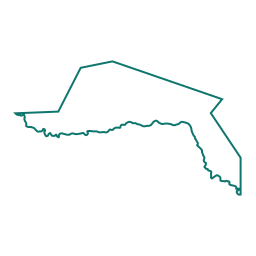 Petatán, Huehuetenango, Guatemala
{"feature_id": "79465075B18515174231727", "entity_name": "Petatán", "entity_type": "district", "adm_level": 2, "iso_a3": "GTM", "parent_name": "Guatemala", "parent_adm1": "Huehuetenango", "projection": "orthographic", "projection_center": [-91.731, 15.614], "detail": "fine", "context": "isolated", "style": "outline", "palette": "teal", "viewbox_px": 256, "rotation_deg": 0, "n_neighbors": 0, "source": "geoboundaries", "source_scale": "gbopen_adm2", "svg_char_len": 4635}
<svg xmlns="http://www.w3.org/2000/svg" viewBox="0 0 256 256"><path d="M119.8,63.9L112.4,61.4L80.7,67.8L58.3,111.6L15.4,113.3L16.2,114.1L17.2,114.7L18.1,114.8L18.6,115.1L19.5,114.9L20.3,115.0L20.9,115.6L21.3,115.7L21.8,115.5L22.5,115.0L23.3,114.5L23.6,114.4L24.0,114.6L24.3,115.3L24.5,116.3L24.7,116.9L24.7,117.6L24.5,118.1L24.4,118.6L24.4,119.5L24.7,120.0L24.7,120.5L25.1,121.2L25.4,121.8L25.8,122.3L26.2,123.0L26.3,124.1L26.2,125.0L26.2,125.4L26.2,126.0L26.9,126.5L27.9,126.9L28.5,127.0L30.1,127.0L31.1,127.0L32.0,127.4L32.6,127.5L33.9,127.9L34.5,128.6L35.2,129.3L36.0,130.1L36.7,130.9L37.5,131.5L38.2,131.6L39.5,131.5L40.8,131.4L41.5,131.3L42.2,130.8L42.8,130.2L42.8,129.8L43.0,129.2L43.3,129.1L43.9,129.0L44.3,129.2L45.0,130.0L45.1,130.5L44.8,131.2L44.5,131.7L44.3,132.4L44.5,133.2L44.7,133.9L45.0,134.5L45.4,135.1L46.1,136.1L46.7,136.1L47.4,136.0L47.9,135.6L48.3,135.0L48.6,134.2L49.4,133.4L50.0,133.1L50.4,133.5L50.9,134.1L51.4,135.0L51.8,135.6L52.4,135.8L53.3,135.9L54.4,135.9L54.9,135.5L55.7,134.8L56.4,134.8L56.6,135.2L56.6,135.9L57.4,136.6L58.1,137.1L58.6,137.2L58.9,136.8L58.9,136.0L58.9,135.3L59.3,134.5L59.8,133.9L60.5,133.5L61.3,133.4L62.3,133.5L63.3,133.7L64.3,134.0L65.6,134.4L66.5,134.6L67.6,134.7L68.2,134.8L69.3,134.7L69.9,134.5L70.4,134.0L71.2,133.7L71.9,133.5L72.8,133.4L73.6,133.5L74.3,133.9L75.8,134.1L77.1,134.1L78.0,134.0L79.7,133.7L81.0,133.5L81.6,133.2L82.4,133.1L83.2,133.0L83.8,133.3L84.3,133.9L85.0,134.7L85.7,135.0L86.4,135.1L87.1,134.7L87.6,134.1L87.9,133.3L87.8,132.5L87.6,132.2L87.4,132.0L87.3,131.7L87.5,131.2L88.2,131.0L89.2,131.0L90.7,131.0L91.5,131.1L93.0,131.4L93.9,131.4L95.3,131.3L96.2,131.3L97.2,131.5L98.4,132.1L99.3,132.3L100.8,132.3L102.4,132.2L103.2,132.1L104.0,132.0L104.9,132.3L105.5,132.4L106.4,132.3L107.0,132.1L107.7,131.8L108.4,131.2L108.9,130.4L109.4,129.9L109.7,129.6L110.4,129.6L110.8,129.7L111.3,129.9L112.2,130.0L112.8,129.7L114.0,128.6L115.1,127.9L116.2,127.6L117.4,127.6L118.8,127.7L119.6,127.8L120.2,127.6L120.4,126.9L120.6,126.2L120.8,125.5L121.3,125.1L121.8,124.8L122.9,124.7L123.9,124.8L124.8,124.9L125.0,124.7L125.7,123.9L126.5,122.9L127.6,122.4L128.8,121.9L129.9,121.9L130.7,122.0L131.6,122.4L132.3,123.0L133.0,123.3L133.6,123.1L134.6,123.1L135.7,123.2L136.3,123.6L137.1,124.1L137.6,124.2L138.4,124.3L139.0,124.5L139.7,124.6L140.4,124.8L141.8,125.6L142.8,126.1L143.8,126.3L144.8,126.3L146.1,126.0L147.1,125.9L148.5,125.9L149.6,125.6L150.7,125.2L151.3,124.6L152.6,123.1L153.5,121.9L154.3,121.3L155.3,120.8L156.4,120.7L157.0,121.0L157.7,121.4L158.0,121.9L158.9,122.6L160.0,123.2L161.0,123.7L162.0,124.0L162.8,124.0L164.0,123.8L165.0,123.6L166.3,123.6L167.5,123.5L168.5,123.7L169.2,123.9L170.6,124.0L171.5,124.4L172.4,124.9L173.1,125.1L174.2,125.2L174.9,125.2L175.7,124.8L176.3,124.6L177.6,124.3L178.8,123.9L179.8,123.0L180.9,122.1L181.8,121.8L183.2,122.0L185.2,122.5L186.8,123.0L188.2,123.6L189.0,124.4L189.6,125.1L190.0,125.5L190.7,126.8L191.1,127.9L191.4,129.2L191.7,131.0L192.4,132.9L193.1,134.3L193.5,135.3L193.9,135.9L194.6,136.5L194.9,137.1L195.0,137.7L195.0,138.0L195.1,138.6L195.6,139.2L196.1,140.1L196.8,141.3L197.3,142.1L197.8,142.9L197.8,143.9L197.7,144.5L197.3,144.9L197.2,145.0L197.4,145.6L197.8,146.1L198.2,146.3L198.8,146.8L199.5,147.6L200.5,148.4L201.2,149.4L202.0,150.3L202.0,151.4L202.0,152.3L202.5,153.3L203.0,154.5L203.1,155.3L203.4,155.7L203.8,156.3L204.3,157.1L204.4,157.9L204.2,158.6L203.9,159.6L203.7,160.3L203.8,160.6L204.0,161.2L204.7,162.2L205.4,162.7L205.9,163.0L205.9,163.7L205.8,164.7L205.6,165.1L204.8,166.2L204.5,166.7L204.5,167.1L204.6,167.4L204.9,167.6L205.4,167.8L205.7,168.3L206.0,168.8L206.4,168.9L206.8,168.9L207.3,169.0L207.8,169.3L207.9,169.8L208.3,170.4L208.8,170.6L209.6,170.8L210.3,171.1L211.0,171.4L211.3,172.1L211.3,172.7L211.0,173.4L211.0,174.4L211.1,175.4L211.2,176.4L211.0,177.1L211.0,177.6L211.3,178.0L211.8,178.4L212.2,178.4L213.2,177.6L214.7,176.5L216.6,175.3L217.2,175.2L218.7,175.9L219.8,176.9L220.3,177.5L220.4,178.4L220.4,179.4L220.4,180.1L220.5,180.6L221.3,181.0L222.0,181.1L224.1,181.1L224.9,181.4L225.4,181.4L225.9,181.0L226.4,180.9L227.1,181.0L227.7,181.4L228.0,181.4L228.5,181.3L229.2,181.7L229.5,182.2L229.5,182.7L229.3,183.3L229.3,183.6L229.4,184.2L230.0,184.7L230.5,185.0L231.8,185.3L233.5,185.6L234.5,185.9L234.9,186.0L235.5,186.3L236.0,186.8L236.3,187.3L236.3,187.6L236.3,188.0L236.2,188.7L236.4,188.9L236.9,188.9L237.8,188.7L238.2,188.7L238.8,188.7L239.1,189.2L238.9,189.7L238.3,190.3L237.4,190.7L236.8,191.2L236.8,191.8L236.8,192.6L237.0,192.9L237.5,193.6L238.1,194.2L238.7,194.6L239.4,194.6L240.6,194.5L240.6,157.7L210.8,113.1L222.1,99.2L119.8,63.9Z" fill="none" stroke="#0f766e" stroke-width="2"/></svg>